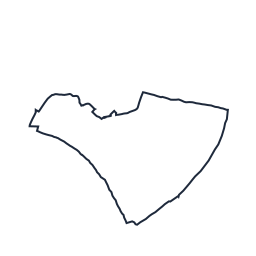 Pikine, Dakar, Senegal (Natural Earth projection), rotated 38°
{"feature_id": "50182788B8601261498481", "entity_name": "Pikine", "entity_type": "district", "adm_level": 2, "iso_a3": "SEN", "parent_name": "Senegal", "parent_adm1": "Dakar", "projection": "natural_earth1", "projection_center": [-17.365, 14.773], "detail": "fine", "context": "isolated", "style": "outline", "palette": "slate", "viewbox_px": 256, "rotation_deg": 38, "n_neighbors": 0, "source": "geoboundaries", "source_scale": "gbopen_adm2", "svg_char_len": 2749}
<svg xmlns="http://www.w3.org/2000/svg" viewBox="0 0 256 256"><g transform="rotate(38 128 128)"><path d="M58.1,186.3L59.0,186.0L61.6,185.4L64.4,184.6L66.2,183.9L67.3,183.5L69.7,182.5L73.0,181.0L75.4,180.5L76.2,180.1L77.3,179.6L78.0,179.5L78.9,179.1L81.9,178.8L86.1,178.0L88.9,178.0L91.4,177.8L93.5,177.7L94.9,177.4L98.7,177.1L101.0,176.8L103.8,176.9L106.4,177.6L108.0,177.7L108.3,177.4L110.7,177.6L114.2,178.0L117.3,177.8L119.8,178.8L122.7,179.0L126.0,180.1L128.6,180.8L130.9,181.9L133.7,182.2L136.8,183.4L137.5,183.4L137.8,183.3L139.2,183.2L141.7,183.0L143.7,184.0L147.3,185.7L151.3,188.2L151.5,188.2L154.4,188.7L157.4,190.9L160.2,191.9L162.8,192.5L166.0,194.7L168.3,195.8L171.1,196.8L173.4,198.1L176.1,199.1L177.9,199.2L180.2,201.0L183.1,202.4L185.4,203.8L188.8,199.0L191.1,198.5L193.2,199.2L194.7,198.6L195.7,194.7L198.1,188.7L199.0,184.1L199.8,181.4L201.4,177.4L202.0,174.5L202.5,172.2L203.3,168.8L203.9,165.4L204.3,164.1L205.4,160.6L206.6,159.9L209.5,150.6L210.0,150.8L209.3,149.2L210.2,143.4L210.6,133.5L210.6,128.9L210.7,124.8L211.8,117.3L211.6,104.0L209.7,91.4L209.3,85.4L206.8,76.5L203.9,69.1L203.6,68.5L201.5,64.3L200.5,60.2L195.5,52.2L194.4,53.0L192.8,53.5L190.7,54.2L188.9,55.2L186.3,56.1L183.6,57.7L179.7,59.0L176.9,60.7L173.9,62.3L171.8,63.6L169.2,64.9L166.3,66.6L165.2,67.0L163.0,68.0L160.4,69.8L157.9,72.0L156.1,72.8L153.0,73.5L150.4,74.3L148.6,76.0L146.4,77.8L144.2,79.4L141.3,80.2L138.9,81.1L135.8,82.4L135.1,83.4L131.4,84.9L128.0,86.0L127.2,86.4L125.5,87.2L122.0,88.7L119.4,89.8L117.8,90.6L119.3,95.7L121.2,101.2L122.2,103.6L122.7,104.9L123.0,105.6L123.1,106.0L123.2,106.6L123.2,107.2L123.1,108.1L122.8,108.6L122.6,109.3L122.2,110.0L122.0,110.3L119.4,114.4L118.6,116.3L118.1,117.0L116.1,118.9L115.1,120.1L114.7,120.7L112.9,122.7L112.6,123.1L110.9,124.7L110.6,125.1L109.2,123.5L109.2,123.4L107.4,123.2L106.6,123.0L106.4,124.1L106.1,126.7L105.9,128.2L106.9,128.9L105.4,130.8L105.5,130.8L103.2,133.3L103.7,133.6L103.0,134.7L102.3,134.5L101.6,137.1L98.6,137.1L96.0,137.9L93.5,137.7L90.0,137.3L90.1,134.0L90.3,133.5L89.9,133.6L88.2,133.4L85.9,133.1L83.8,132.9L83.0,132.9L82.3,133.0L81.4,133.5L80.2,134.8L78.9,137.2L78.6,137.9L78.6,138.0L78.4,138.1L78.1,138.1L78.0,138.3L77.7,138.8L77.5,139.1L75.7,138.3L74.2,137.9L72.3,135.7L69.9,134.3L69.1,134.0L68.5,134.1L67.4,134.6L65.7,136.2L64.6,136.8L63.9,136.7L63.0,136.6L62.1,136.7L61.2,137.0L60.2,138.1L59.2,139.3L57.5,141.1L56.0,142.1L54.9,142.7L53.4,143.9L51.4,145.0L50.2,145.8L49.5,146.6L48.8,147.8L47.9,148.7L47.4,150.7L46.7,154.2L46.7,155.4L46.8,159.4L47.1,163.7L47.5,169.0L47.5,170.0L46.7,170.1L44.3,170.6L44.2,170.6L45.0,171.7L45.6,172.3L46.3,175.1L47.1,179.5L47.9,183.0L48.6,185.6L49.0,186.6L49.4,187.2L56.3,182.1L58.1,186.3Z" fill="none" stroke="#1e293b" stroke-width="2"/></g></svg>